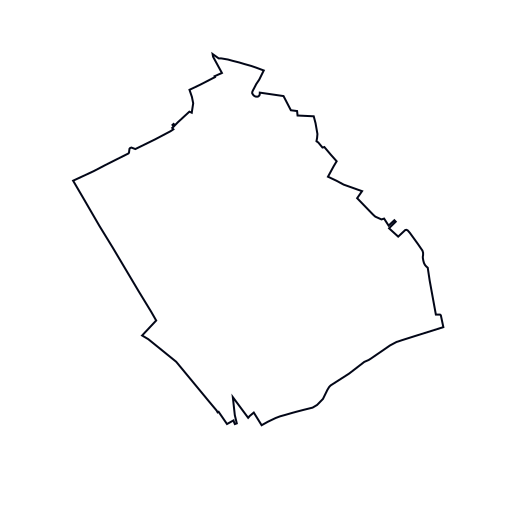 Sayyida Zainab, Al Qahirah, Egypt (Equal Earth projection), rotated 317°
{"feature_id": "37247803B41278628102289", "entity_name": "Sayyida Zainab", "entity_type": "district", "adm_level": 2, "iso_a3": "EGY", "parent_name": "Egypt", "parent_adm1": "Al Qahirah", "projection": "equal_earth", "projection_center": [31.246, 30.03], "detail": "fine", "context": "isolated", "style": "outline", "palette": "ink", "viewbox_px": 512, "rotation_deg": 317, "n_neighbors": 0, "source": "geoboundaries", "source_scale": "gbopen_adm2", "svg_char_len": 2426}
<svg xmlns="http://www.w3.org/2000/svg" viewBox="0 0 512 512"><g transform="rotate(317 256 256)"><path d="M173.6,76.2L172.0,83.3L169.5,94.4L162.0,127.2L156.8,152.8L146.1,201.9L141.3,225.3L139.0,235.1L119.3,236.4L118.9,236.5L118.5,236.5L120.5,243.4L121.4,249.8L125.5,278.9L122.4,330.7L121.8,342.1L121.3,344.2L121.8,344.3L122.1,344.3L122.4,344.4L120.2,359.1L127.4,360.9L126.6,362.6L125.9,364.5L127.8,365.3L132.0,357.9L142.8,343.4L139.9,369.0L141.0,368.9L142.0,368.7L147.6,369.0L144.7,383.6L151.6,385.3L156.1,386.7L159.9,387.9L164.3,389.7L169.1,392.2L176.4,395.9L177.5,396.5L178.5,397.0L185.9,401.0L194.0,405.5L199.1,406.6L207.5,406.2L216.9,402.6L220.1,401.7L221.4,401.6L222.6,401.6L243.9,405.5L263.0,407.3L265.5,408.2L267.5,408.9L269.6,409.3L277.5,410.5L293.0,412.8L300.1,414.7L300.6,414.9L301.1,415.2L305.1,417.0L317.1,422.7L344.5,435.8L349.2,428.0L350.7,425.5L350.7,424.9L350.6,424.3L347.6,421.5L366.2,392.5L373.6,381.7L373.4,379.8L373.4,379.1L373.5,377.6L374.1,375.6L375.2,373.5L376.7,371.2L377.5,370.3L378.0,369.9L378.8,369.3L380.4,367.6L380.9,366.6L381.4,365.6L382.6,357.6L384.3,344.0L384.4,340.8L383.9,339.5L382.9,338.8L373.2,338.8L372.2,326.5L373.0,326.4L381.6,326.2L381.6,324.2L373.7,324.2L375.2,316.0L373.9,315.4L372.7,314.8L370.1,308.6L369.9,306.5L369.8,304.5L369.4,282.7L377.8,280.9L375.9,277.3L372.6,270.9L368.8,263.6L366.2,255.9L362.7,247.1L374.1,243.3L379.6,241.7L379.8,232.9L380.3,222.9L379.4,222.5L378.6,222.0L378.9,216.4L379.0,215.5L378.7,214.4L378.5,213.3L381.2,211.3L384.1,208.7L390.1,199.5L393.5,193.2L382.2,181.6L384.9,178.0L380.9,173.2L385.2,157.8L370.2,139.1L369.2,140.1L368.9,140.3L368.4,140.7L367.6,140.9L366.3,140.8L365.5,140.3L364.5,139.2L364.0,138.1L363.8,136.9L363.9,135.6L364.3,134.2L365.3,133.4L366.7,132.8L368.8,132.1L373.5,130.4L378.7,129.2L388.2,125.6L384.5,118.2L382.1,113.7L378.5,107.8L375.7,103.0L372.0,97.3L369.5,93.2L365.6,88.1L365.0,87.4L364.7,87.2L363.5,86.1L362.9,83.1L362.0,78.7L361.4,79.6L360.5,81.0L355.9,98.9L348.4,96.3L348.3,96.8L348.1,97.2L332.1,92.7L320.7,89.1L317.6,96.0L314.2,101.5L306.7,107.4L306.2,106.2L305.7,105.0L290.2,104.9L285.9,105.1L285.9,104.3L285.8,103.2L284.3,103.2L284.1,104.6L284.0,105.2L282.9,105.2L282.1,105.2L282.1,105.6L282.0,107.0L280.0,106.7L278.4,106.4L261.8,101.9L240.7,95.5L238.8,91.7L237.6,91.2L236.6,91.3L234.3,93.2L233.6,93.8L233.1,93.9L232.6,94.0L219.0,90.0L207.7,86.7L195.0,83.2L173.6,76.2Z" fill="none" stroke="#020617" stroke-width="2"/></g></svg>